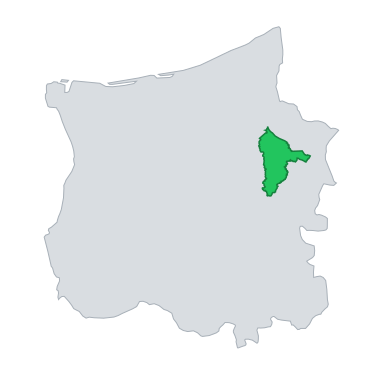 Guemon, Dix-Huit Montagnes, Ivory Coast shown in context, rotated 176°
{"feature_id": "98640826B22329502030217", "entity_name": "Guemon", "entity_type": "district", "adm_level": 2, "iso_a3": "CIV", "parent_name": "Ivory Coast", "parent_adm1": "Dix-Huit Montagnes", "projection": "albers", "projection_center": [-7.319, 7.029], "detail": "fine", "context": "in_parent", "style": "filled", "palette": "green", "viewbox_px": 384, "rotation_deg": 176, "n_neighbors": 0, "source": "geoboundaries", "source_scale": "gbopen_adm2", "svg_char_len": 8700}
<svg xmlns="http://www.w3.org/2000/svg" viewBox="0 0 384 384"><g transform="rotate(176 192 192)"><path d="M72.0,61.1L73.5,61.1L77.2,60.0L80.7,57.5L83.9,52.2L88.2,48.0L93.1,48.3L94.5,47.5L96.2,47.4L98.3,50.1L100.3,52.3L101.8,52.3L102.9,56.3L111.7,58.0L115.5,59.1L118.8,62.1L119.9,62.1L121.2,61.5L122.3,60.5L122.5,59.4L121.1,56.7L121.7,54.3L123.1,52.2L125.4,52.1L128.9,51.5L132.8,51.5L135.8,51.8L136.9,49.7L135.8,43.8L136.1,40.5L136.6,37.7L137.7,36.6L142.1,40.0L146.1,41.3L149.0,41.4L149.8,40.7L148.6,36.9L148.9,35.8L149.9,35.1L151.8,34.7L157.0,33.2L157.5,33.5L158.5,39.5L158.0,41.4L159.1,45.5L160.5,49.3L160.4,50.8L159.3,53.1L158.0,55.3L158.1,56.2L160.2,57.6L164.1,59.1L168.2,59.5L170.4,57.3L172.8,55.5L174.4,53.9L174.9,51.5L177.5,49.8L184.8,47.6L191.6,47.2L193.2,47.9L196.3,51.2L200.2,53.4L206.1,53.1L210.4,54.5L214.1,57.0L216.6,62.6L219.3,66.7L220.6,72.5L224.9,75.5L228.2,76.8L232.8,81.0L237.5,83.2L242.4,82.6L244.7,84.8L248.4,86.4L252.0,86.4L255.2,81.6L259.4,79.6L270.1,75.7L274.3,73.9L278.6,72.7L288.9,72.3L298.5,73.4L303.2,74.3L306.5,73.6L309.6,75.9L312.8,80.7L315.4,82.2L318.1,83.9L320.1,87.7L322.5,91.4L323.8,93.1L326.7,96.8L329.2,96.8L331.6,95.2L332.6,94.0L333.1,96.4L332.2,100.5L332.4,102.9L333.8,103.9L333.1,107.1L330.3,112.5L330.3,115.7L333.1,116.7L335.2,120.1L336.4,125.9L337.7,127.9L337.8,129.1L340.0,143.2L342.6,157.3L341.0,159.2L338.8,159.7L337.4,160.4L337.0,161.7L338.0,163.7L337.4,165.4L334.7,166.7L328.7,171.3L328.3,173.0L326.8,176.9L325.5,179.3L323.6,183.6L320.6,195.1L319.5,204.7L319.4,207.6L318.2,209.7L316.9,212.6L310.5,220.8L307.2,227.5L307.7,230.4L307.8,233.3L306.9,235.4L307.1,241.1L307.9,245.8L309.1,250.4L314.0,263.5L316.5,271.4L318.1,277.8L319.5,282.1L320.7,283.8L321.3,285.5L328.3,286.6L329.7,287.5L331.7,295.9L331.4,299.6L330.0,301.1L330.1,304.3L329.8,308.2L328.8,309.8L324.9,310.1L322.2,311.6L318.7,311.0L318.3,310.0L316.5,309.7L311.2,307.5L312.0,300.2L309.6,300.0L307.7,300.9L304.1,309.7L302.4,311.2L276.4,306.9L270.7,303.3L263.9,302.5L252.1,303.0L242.4,304.2L239.7,306.4L264.2,304.9L266.8,305.2L268.1,306.5L237.1,309.5L225.2,311.3L221.7,310.9L219.1,308.1L206.2,307.8L203.6,308.7L202.0,310.8L207.0,310.3L215.0,310.2L217.2,311.7L192.2,313.9L174.9,317.9L167.5,320.8L143.3,330.4L128.6,334.9L124.7,336.5L118.0,341.2L109.4,344.1L99.7,349.6L93.8,350.8L92.5,349.1L92.3,339.8L91.5,327.4L91.8,322.7L92.6,318.2L92.6,314.5L95.5,313.1L96.3,311.6L96.8,306.7L99.5,302.3L99.6,294.7L100.4,293.1L101.0,291.1L99.8,286.1L98.3,276.6L97.6,276.0L96.9,276.4L95.4,276.5L89.3,273.3L84.6,272.7L81.3,269.9L81.1,266.7L79.5,264.8L78.4,261.2L76.8,256.9L72.2,254.4L67.9,253.8L64.8,254.3L61.2,254.1L57.0,252.7L54.2,251.1L51.5,248.0L49.0,245.5L47.0,245.8L44.5,245.3L42.2,244.1L41.4,243.3L51.4,233.4L54.8,228.6L55.2,225.7L55.2,222.7L56.4,219.7L56.6,215.1L51.1,198.2L49.7,193.0L48.3,191.5L47.3,190.9L50.1,188.7L54.0,189.3L59.9,191.0L61.2,189.3L65.7,180.8L65.6,177.7L65.1,175.5L67.7,169.7L69.8,167.4L70.9,165.0L70.6,161.7L69.0,160.4L66.9,160.7L64.5,159.9L60.7,157.9L58.8,156.2L59.4,148.6L59.7,146.2L61.1,144.8L63.2,144.4L69.0,144.2L73.7,145.1L77.9,145.6L80.1,145.6L81.9,147.9L84.3,150.2L86.4,150.2L87.2,148.5L86.7,140.9L85.3,136.9L82.1,133.0L73.9,129.7L73.7,125.1L74.5,120.1L76.3,118.2L82.4,115.0L81.3,113.3L79.4,111.5L75.5,109.7L76.4,103.7L76.6,98.3L73.3,98.9L70.0,99.2L67.1,97.6L64.8,94.4L64.3,85.4L64.4,75.1L63.9,70.6L64.8,68.1L67.7,65.9L70.9,63.0L72.0,61.1ZM315.3,311.2L314.0,313.2L307.4,312.0L309.0,310.3L315.3,311.2Z" fill="#d9dde1" stroke="#a8b0b8" stroke-width="1"/><path d="M112.1,252.1L112.0,251.4L112.1,251.1L112.1,250.9L112.4,250.4L112.4,250.0L112.7,250.0L112.9,249.9L113.1,249.4L113.1,249.0L113.2,248.8L114.6,248.5L114.4,248.4L113.8,247.7L113.5,247.6L113.2,247.2L113.2,246.9L113.2,246.6L113.0,246.4L113.2,246.2L113.4,245.6L114.4,245.8L120.8,240.9L121.0,240.6L120.9,240.5L120.2,240.2L119.9,240.1L119.8,239.8L119.8,239.3L119.9,239.1L120.4,238.6L121.0,238.3L121.5,237.6L121.6,237.3L121.5,237.1L121.7,236.0L121.6,235.6L121.3,235.1L121.3,234.8L121.3,234.4L121.8,234.0L122.2,233.3L122.1,233.1L121.9,232.8L121.3,232.6L121.6,232.1L121.7,231.3L121.4,230.9L121.2,230.3L121.0,230.0L121.2,229.5L121.3,229.1L121.1,228.8L121.1,228.5L120.7,227.8L120.7,227.5L120.6,227.4L120.5,227.2L119.5,227.0L119.3,227.1L118.8,227.1L118.0,226.7L117.8,226.5L117.9,225.3L117.8,225.0L117.9,224.7L118.0,224.5L118.6,224.2L118.8,223.8L118.8,223.5L118.9,223.3L118.9,223.1L118.7,222.7L118.4,222.6L117.9,222.1L117.7,221.3L117.7,220.9L118.0,220.4L118.0,219.9L118.0,219.1L117.7,218.6L117.7,218.2L117.9,217.9L118.0,217.4L118.0,216.5L118.3,215.9L118.3,215.4L118.7,214.2L118.3,213.8L118.3,213.6L118.2,213.4L117.9,213.4L117.9,212.9L117.8,212.1L117.9,211.7L118.2,211.5L118.2,211.3L117.6,210.5L117.1,210.4L116.8,210.1L116.6,209.9L116.5,209.6L116.6,209.4L117.1,209.2L117.4,209.1L117.6,209.1L117.8,208.7L117.7,208.6L117.3,207.9L117.2,207.3L117.5,206.2L117.4,205.5L117.6,205.0L117.7,204.6L117.7,204.2L117.5,203.9L117.4,203.5L117.8,202.5L117.9,202.1L117.2,200.8L116.7,200.4L116.7,200.1L117.0,199.8L117.2,199.7L117.8,199.6L118.2,199.0L118.6,198.8L118.7,198.7L118.4,198.1L118.5,197.8L119.9,197.6L120.2,197.3L120.6,196.6L120.7,196.0L120.7,195.9L120.4,195.9L120.1,195.6L119.7,195.0L119.5,194.5L119.5,194.2L119.6,193.6L119.6,193.3L119.4,193.0L119.2,192.9L118.8,192.4L118.7,192.0L118.9,191.7L119.2,191.6L119.5,191.3L119.9,191.1L120.6,191.1L121.0,191.2L121.4,191.2L121.5,191.1L121.6,190.8L121.5,190.4L121.4,189.8L121.3,189.6L121.1,189.4L120.7,189.4L120.6,189.2L119.9,188.1L119.5,188.1L119.2,188.3L118.7,188.4L118.4,187.6L118.1,187.6L117.7,187.2L117.5,186.8L117.6,186.1L117.4,185.8L117.2,185.6L116.9,184.8L116.9,184.5L117.3,184.1L117.3,183.9L117.4,183.3L117.1,182.9L116.8,183.0L116.5,183.0L116.0,183.2L115.3,182.8L115.1,182.8L114.7,182.7L114.4,182.6L113.5,182.7L113.3,182.8L113.1,183.3L112.5,183.9L112.4,184.3L112.3,184.5L112.1,185.2L111.5,185.8L111.0,185.7L110.4,185.8L110.3,185.7L109.5,185.7L109.2,186.3L108.7,186.4L108.7,186.5L108.5,187.7L108.2,188.0L107.8,188.8L107.0,189.6L106.9,189.8L107.0,190.0L106.6,190.9L106.5,191.0L106.4,191.1L106.6,191.1L106.6,191.5L106.4,191.8L106.6,191.8L106.6,192.1L106.8,192.5L106.8,192.9L106.9,193.1L106.9,193.5L106.5,193.7L106.3,193.7L106.2,194.0L105.8,194.3L105.6,194.4L105.4,194.3L104.6,194.6L104.2,194.6L103.9,194.6L103.9,194.8L103.8,195.1L103.5,195.0L103.2,195.2L103.0,195.3L102.8,195.2L102.4,195.4L102.2,195.7L102.1,196.0L101.9,196.1L102.1,196.3L101.8,196.3L101.6,196.4L101.2,196.7L100.7,197.0L100.5,196.9L99.9,197.0L99.7,197.4L99.6,197.7L99.5,197.8L99.3,197.7L98.7,197.9L98.4,198.2L98.2,198.2L98.2,198.3L98.2,198.5L98.0,199.1L97.4,199.5L97.2,199.5L96.7,200.9L96.9,201.6L96.5,202.2L96.5,202.4L96.4,202.3L96.3,202.2L96.1,202.2L95.7,202.4L95.9,203.0L95.8,203.5L95.4,204.2L95.3,204.9L94.9,205.2L95.1,205.5L95.2,205.4L95.3,205.4L95.2,205.7L95.4,206.1L95.4,206.5L95.5,206.6L95.8,206.7L96.1,206.5L96.2,207.0L96.3,207.2L96.3,207.3L96.3,207.6L96.3,207.9L96.7,208.0L96.7,208.6L96.9,208.6L96.7,208.9L96.9,209.2L97.2,209.1L97.2,209.4L97.4,209.6L97.3,209.9L97.8,210.3L97.5,210.6L97.4,210.4L97.2,210.3L96.9,210.6L97.1,210.6L97.1,210.8L96.8,210.9L96.7,211.2L96.7,211.3L96.9,211.3L96.6,211.5L96.5,211.8L96.3,211.8L96.3,212.0L96.2,211.9L96.1,212.0L96.0,212.3L95.7,212.4L95.2,213.0L94.8,213.2L94.7,213.4L94.7,213.6L95.5,215.0L95.7,215.3L95.6,215.7L95.5,215.9L95.4,216.0L92.9,216.1L92.4,216.0L92.2,216.0L92.3,216.2L92.5,216.5L92.4,216.6L92.2,216.6L91.7,217.1L91.6,216.8L91.8,216.7L91.5,216.4L90.9,216.2L90.8,216.3L90.8,216.5L90.6,216.5L90.1,216.1L89.8,216.2L89.1,215.6L89.1,215.4L88.9,215.3L88.5,215.5L88.2,215.5L87.9,215.5L87.7,215.4L87.4,215.1L87.1,215.0L86.8,214.8L86.6,215.0L86.2,215.2L85.8,215.8L85.7,216.0L85.4,216.1L85.1,216.5L84.8,218.0L84.8,218.4L83.8,218.3L82.2,217.0L80.1,216.3L78.1,215.1L76.9,214.2L76.2,214.0L75.8,215.0L75.5,215.2L75.2,215.2L75.0,215.5L75.0,215.8L74.8,215.9L74.4,216.5L74.1,216.6L74.1,216.9L73.3,217.2L73.3,217.3L73.0,217.4L72.8,217.9L72.3,218.4L72.2,218.8L72.0,219.0L72.0,219.3L71.8,219.4L71.9,219.6L71.7,219.8L72.5,220.3L73.7,220.6L74.0,220.9L74.3,220.9L74.5,220.9L74.7,220.4L75.8,220.7L76.5,221.4L77.0,221.5L77.3,221.9L77.4,222.1L79.2,225.3L89.6,225.6L89.5,225.8L89.3,225.9L89.5,226.1L89.8,226.0L90.1,226.4L90.3,226.3L90.7,226.6L90.8,226.9L90.7,227.2L91.1,228.7L91.1,228.8L91.2,228.5L91.4,228.5L91.7,228.6L91.8,228.8L91.8,229.3L92.1,229.2L92.2,228.9L92.3,228.9L92.7,229.0L92.8,229.3L92.5,230.0L92.2,230.4L92.0,231.1L92.0,231.3L92.0,231.7L92.3,231.7L92.3,231.8L92.4,232.1L92.3,232.3L92.6,232.4L92.9,232.2L93.0,232.2L93.0,232.5L93.1,233.0L93.4,233.5L93.1,233.6L93.1,233.9L93.3,234.0L93.8,234.1L94.2,234.3L93.9,234.6L93.8,235.0L95.9,236.6L101.2,239.3L105.2,242.1L107.7,245.4L108.4,245.8L109.9,247.3L110.3,248.0L111.0,248.9L112.1,252.1Z" fill="#22c55e" stroke="#15803d" stroke-width="1.5"/></g></svg>